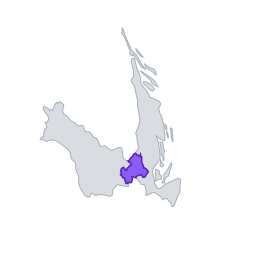 location of Karlovacka within Croatia, rotated 214°
{"feature_id": "HRV-1583", "entity_name": "Karlovacka", "entity_type": "County", "adm_level": 1, "iso_a3": "HRV", "parent_name": "Croatia", "parent_adm1": "", "projection": "orthographic", "projection_center": [15.498, 45.287], "detail": "fine", "context": "in_parent", "style": "filled", "palette": "violet", "viewbox_px": 256, "rotation_deg": 214, "n_neighbors": 0, "source": "natural_earth", "source_scale": "10m", "svg_char_len": 6320}
<svg xmlns="http://www.w3.org/2000/svg" viewBox="0 0 256 256"><g transform="rotate(214 128 128)"><path d="M48.0,87.4L49.0,89.1L56.2,91.1L57.8,90.3L58.8,89.0L58.8,88.2L59.5,88.0L62.0,89.3L69.9,89.3L71.5,88.3L74.5,82.8L75.5,82.4L76.1,82.6L76.5,84.3L77.7,85.8L81.6,89.5L83.1,90.0L84.6,89.0L86.1,88.7L90.4,90.7L94.0,91.0L96.7,90.0L95.4,87.1L95.2,85.6L95.4,84.3L97.2,83.0L97.1,82.4L94.9,80.1L95.0,79.5L99.9,77.0L104.6,75.5L105.4,74.4L106.0,69.6L105.7,67.1L103.8,64.7L103.7,63.5L104.2,62.2L104.9,61.1L109.0,59.7L114.9,56.9L116.6,54.3L117.7,53.8L121.0,54.2L121.7,53.5L121.2,49.8L121.8,48.8L123.5,47.8L126.4,48.1L128.8,49.1L135.2,52.3L138.6,55.3L140.5,58.6L143.1,61.2L146.3,63.0L148.9,65.4L150.9,68.6L153.5,70.3L156.9,70.6L159.1,71.6L160.0,73.4L161.9,75.0L164.7,76.4L169.1,77.0L180.0,77.3L184.7,75.5L188.2,70.9L189.7,71.2L194.7,69.7L194.5,72.3L193.1,73.6L194.7,76.2L196.3,80.6L195.6,82.8L196.7,84.4L199.8,86.0L199.0,86.5L198.3,88.0L198.4,90.6L200.9,93.0L207.6,95.4L209.7,97.5L209.7,98.4L209.4,99.1L204.4,99.5L202.4,98.5L202.3,100.2L200.4,100.9L201.8,107.3L201.4,109.2L200.8,109.8L199.3,109.5L199.0,110.2L199.3,111.5L197.5,111.8L194.5,111.2L193.2,110.0L192.8,107.5L191.8,105.6L189.4,103.7L184.5,103.6L178.8,101.9L174.7,102.6L170.7,101.8L167.4,104.5L165.7,104.5L162.2,101.4L161.2,101.2L158.2,102.9L157.0,103.1L152.0,101.4L150.2,101.2L148.8,101.8L146.5,101.3L140.6,97.2L137.1,100.4L129.9,99.8L127.8,101.9L125.3,106.1L123.3,108.0L121.6,107.4L119.5,105.6L115.9,101.0L114.1,100.1L112.0,100.0L110.2,100.5L109.2,101.4L107.9,114.2L107.8,117.7L111.9,121.0L116.6,126.7L118.2,127.4L119.0,129.2L121.4,139.4L123.9,143.0L132.2,151.2L135.8,156.5L146.6,166.7L151.3,168.4L152.1,169.3L152.2,173.4L152.7,174.9L156.0,179.0L162.5,185.0L163.3,186.4L163.6,187.5L163.2,188.3L161.5,189.2L154.0,182.4L148.1,178.7L141.5,171.7L132.7,169.0L126.8,165.9L119.3,167.4L116.8,167.5L115.1,166.9L113.9,165.0L113.8,161.5L110.3,158.4L105.6,155.5L101.2,151.6L92.3,141.2L90.5,137.8L95.1,136.6L100.4,137.3L94.7,132.9L86.6,124.1L84.2,120.0L84.0,115.6L84.6,109.6L83.2,105.2L77.0,99.6L74.8,96.6L70.2,94.8L68.2,94.9L66.9,97.1L66.0,101.9L58.2,114.6L55.3,114.5L52.1,108.3L49.0,103.6L48.4,98.7L46.3,88.8L48.0,87.4ZM186.6,203.3L186.7,204.8L189.2,208.2L178.5,200.7L168.5,194.5L161.6,193.2L152.0,188.2L145.8,186.5L150.9,186.0L165.6,192.5L163.9,190.7L166.0,189.9L167.8,190.4L169.0,192.6L177.4,198.5L182.7,201.9L186.6,203.3ZM72.7,121.8L72.5,123.3L70.8,121.3L70.0,117.8L67.9,112.2L67.7,110.6L68.8,109.1L68.8,107.5L67.3,102.5L68.6,101.7L69.4,101.7L69.6,105.1L70.3,107.1L72.3,109.5L71.9,113.5L72.2,119.2L72.7,121.8ZM81.9,109.3L78.5,110.1L76.8,108.6L76.4,107.4L73.6,106.9L71.6,104.4L74.0,102.5L75.3,99.5L80.0,105.8L81.9,109.3ZM138.2,176.5L133.6,176.7L129.7,176.0L127.7,174.8L128.4,172.1L132.8,172.2L139.5,173.3L141.2,174.7L140.7,175.4L138.2,176.5ZM150.0,182.0L148.0,182.5L135.2,182.4L131.5,181.6L126.4,178.9L130.6,178.3L134.5,178.8L135.7,180.3L150.0,182.0ZM92.4,134.7L91.6,135.8L84.6,128.8L83.9,126.4L80.4,121.7L79.9,120.4L83.1,123.5L84.3,123.8L87.3,126.9L90.3,130.8L93.8,134.2L92.4,134.7ZM134.4,187.4L139.8,188.4L143.7,187.9L147.3,188.5L150.0,190.3L143.9,190.0L140.3,191.3L137.0,190.7L135.8,189.9L134.9,188.8L134.4,187.4ZM92.3,151.1L92.7,152.0L90.8,151.7L83.9,143.0L83.2,141.3L85.7,143.3L92.3,151.1ZM80.3,114.5L83.1,119.7L80.5,118.1L78.1,117.5L77.6,116.3L78.5,114.4L80.3,114.5ZM162.3,195.8L166.3,198.4L154.7,195.2L157.2,194.7L162.3,195.8ZM97.5,149.0L99.4,152.0L97.6,151.4L95.7,149.6L94.6,147.6L97.5,149.0ZM93.5,145.5L94.0,146.9L90.5,144.3L88.9,141.8L93.5,145.5Z" fill="#d9dde1" stroke="#a8b0b8" stroke-width="1"/><path d="M109.6,100.7L109.3,101.0L109.0,101.9L109.0,102.2L109.1,104.5L109.0,105.1L108.3,106.8L108.3,107.6L108.7,108.8L108.6,109.5L107.9,110.7L107.7,111.1L107.5,111.3L107.3,111.3L107.1,111.3L107.0,111.2L106.9,111.1L106.5,111.0L105.8,110.6L105.7,110.6L105.0,111.0L104.9,111.1L104.5,111.3L104.3,111.3L103.7,110.8L103.1,110.5L102.8,110.5L102.7,110.5L102.4,110.9L102.3,111.0L102.2,111.1L102.1,111.4L102.1,111.5L103.0,112.8L103.1,113.3L102.0,112.4L101.8,112.2L101.7,112.0L101.6,111.9L101.5,111.7L101.3,111.6L101.0,111.6L100.5,111.7L100.4,111.7L100.2,111.5L100.0,111.3L99.9,111.0L99.7,110.3L99.6,110.1L98.9,109.5L98.6,109.2L97.9,107.7L97.7,107.5L94.0,105.1L93.8,105.0L93.7,104.9L93.5,104.6L93.4,104.5L93.2,104.3L93.0,104.1L92.9,103.9L92.8,103.7L92.7,103.5L92.4,103.6L91.7,104.3L90.7,104.3L87.5,103.6L86.4,102.5L86.4,102.4L86.4,102.2L86.5,102.1L86.7,101.9L86.8,99.7L86.9,98.9L86.8,98.7L86.7,98.5L86.6,98.3L86.5,97.9L86.5,97.6L86.6,97.4L86.8,97.1L86.8,96.9L87.0,96.4L87.1,96.1L88.1,95.5L88.4,95.5L88.6,95.7L88.9,95.9L89.7,96.2L90.0,96.3L90.2,96.5L90.3,96.7L90.5,96.8L91.0,96.3L91.1,96.1L92.1,95.7L92.3,95.5L92.4,95.3L92.4,94.9L92.5,94.7L93.1,94.1L93.3,93.9L93.4,93.7L93.7,92.9L93.8,92.5L93.8,92.3L93.8,92.2L93.8,91.7L93.7,91.4L93.6,91.2L95.1,90.7L96.0,90.7L96.3,90.6L96.6,90.4L97.1,89.7L97.3,89.5L96.0,88.5L95.6,87.8L95.3,87.0L95.2,85.9L95.0,85.5L94.8,85.0L94.8,84.7L95.1,84.5L95.3,84.4L95.4,84.1L95.6,83.8L96.4,83.5L96.7,83.3L97.1,83.2L97.7,83.2L97.5,82.9L97.1,82.1L97.4,81.8L98.0,81.2L99.0,81.0L99.3,81.1L99.5,81.3L99.8,81.7L100.2,82.1L100.5,82.4L101.4,82.8L101.5,82.9L101.6,83.0L101.5,83.3L101.6,83.5L102.0,84.0L102.8,84.6L103.1,84.7L103.3,84.7L103.5,84.2L103.8,84.0L104.0,83.9L104.3,83.8L104.5,83.9L105.7,84.6L106.4,84.7L106.7,84.8L107.0,85.0L107.3,85.2L107.5,85.2L107.9,84.9L108.0,84.9L108.0,85.0L108.2,85.7L108.1,85.9L108.0,86.1L107.9,86.2L107.8,86.4L107.8,86.6L108.2,87.0L108.4,87.1L108.9,87.8L109.0,87.9L109.5,87.9L109.8,87.8L110.2,89.3L110.4,89.6L110.5,89.8L110.7,90.1L110.7,90.3L110.6,90.5L110.5,90.9L110.5,91.2L110.5,91.4L110.2,92.0L110.2,92.4L110.1,92.6L109.9,92.7L109.3,92.9L109.1,92.9L108.8,92.8L108.6,92.6L108.3,92.4L108.1,92.2L107.9,92.2L107.6,92.3L107.5,92.2L107.3,92.0L107.2,91.9L106.8,91.9L106.1,91.7L105.7,91.8L105.6,92.0L105.9,92.5L106.0,92.6L106.0,92.8L105.8,93.4L105.8,93.6L105.9,93.9L106.0,94.1L106.1,94.3L106.2,94.5L105.7,95.1L105.7,95.3L105.7,95.6L105.8,95.9L105.8,96.1L105.7,96.3L105.7,96.6L105.6,97.0L105.5,97.4L105.6,97.6L105.7,97.9L105.6,98.0L105.3,98.3L105.2,98.6L105.0,98.9L104.8,99.0L104.8,99.4L104.9,99.6L104.9,99.9L105.0,100.1L106.9,100.6L107.0,100.5L107.2,100.4L107.3,100.3L107.8,100.3L108.1,100.3L108.4,100.2L108.5,100.2L108.6,100.3L108.8,100.3L109.0,100.3L109.6,100.7L109.6,100.7Z" fill="#8b5cf6" stroke="#5b21b6" stroke-width="1.5"/></g></svg>